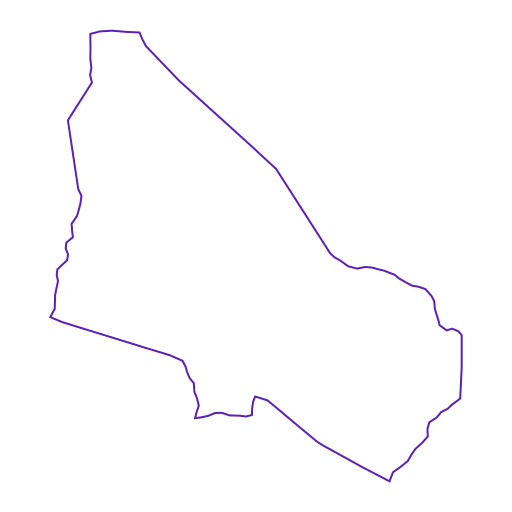 Itaquara, Bahia, Brazil
{"feature_id": "56859067B54968258878659", "entity_name": "Itaquara", "entity_type": "district", "adm_level": 2, "iso_a3": "BRA", "parent_name": "Brazil", "parent_adm1": "Bahia", "projection": "orthographic", "projection_center": [-39.89, -13.439], "detail": "fine", "context": "isolated", "style": "outline", "palette": "violet", "viewbox_px": 512, "rotation_deg": 0, "n_neighbors": 0, "source": "geoboundaries", "source_scale": "gbopen_adm2", "svg_char_len": 1441}
<svg xmlns="http://www.w3.org/2000/svg" viewBox="0 0 512 512"><path d="M276.1,168.9L259.1,153.3L254.6,149.0L178.8,80.4L145.9,46.1L142.0,38.5L139.5,32.5L126.3,31.9L112.1,30.7L100.0,31.4L90.3,33.9L90.5,48.3L90.3,58.6L91.4,68.1L90.1,74.9L91.9,82.6L67.9,120.3L78.2,188.9L81.5,196.0L80.3,204.2L78.9,209.3L77.1,215.8L71.6,223.8L72.2,231.4L72.9,237.2L66.3,242.6L65.7,248.5L68.0,254.2L67.2,260.1L61.9,265.0L57.4,269.3L56.7,275.0L58.0,281.2L56.1,290.0L55.1,295.1L55.0,301.1L54.7,308.9L50.3,317.1L62.2,322.1L144.3,347.5L164.2,353.5L169.5,355.1L182.5,360.8L185.5,366.5L187.5,373.3L189.9,378.5L193.8,383.2L194.4,391.8L197.0,398.3L198.8,405.7L196.5,412.5L195.1,418.2L201.0,417.4L208.7,415.7L215.0,413.0L221.7,412.8L229.5,415.4L239.7,415.7L246.0,416.5L251.9,415.0L252.1,408.3L253.2,401.4L255.2,396.5L267.3,400.3L272.9,404.8L299.1,426.8L317.1,441.7L322.0,444.9L363.2,467.6L389.5,481.3L393.0,472.2L399.9,467.4L407.7,461.1L411.9,454.0L415.4,448.9L422.6,442.4L427.8,436.4L427.4,429.2L429.3,422.3L436.6,417.6L441.2,412.0L447.5,408.9L451.9,404.7L460.2,398.6L461.3,375.5L461.7,367.1L461.7,335.2L458.3,331.2L452.0,328.7L446.7,330.4L439.6,325.2L438.2,319.6L436.5,314.3L434.8,308.5L434.2,301.1L431.5,296.0L425.5,289.1L418.3,286.7L412.1,285.7L405.2,282.0L399.4,278.7L394.5,274.7L389.7,272.9L384.0,270.6L379.0,269.5L372.4,267.6L364.9,267.0L357.1,268.6L348.1,266.2L340.0,260.4L334.8,257.5L330.3,253.5L276.1,168.9Z" fill="none" stroke="#5b21b6" stroke-width="2"/></svg>